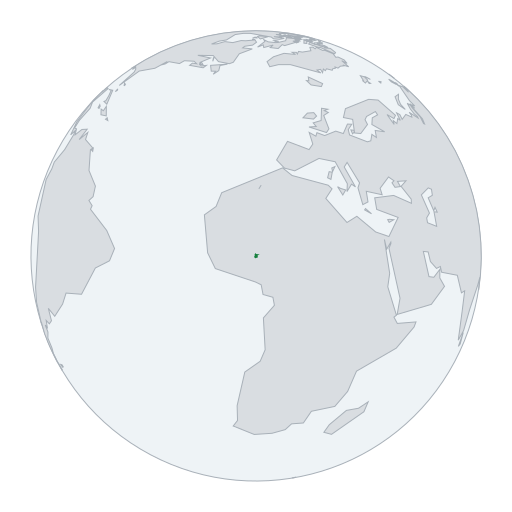 globe centered on Kouritenga, rotated 28°
{"feature_id": "BFA-2829", "entity_name": "Kouritenga", "entity_type": "Province", "adm_level": 1, "iso_a3": "BFA", "parent_name": "Burkina Faso", "parent_adm1": "", "projection": "orthographic", "projection_center": [-0.3, 12.177], "detail": "fine", "context": "on_globe", "style": "filled", "palette": "green", "viewbox_px": 512, "rotation_deg": 28, "n_neighbors": 0, "source": "natural_earth", "source_scale": "10m", "svg_char_len": 9012}
<svg xmlns="http://www.w3.org/2000/svg" viewBox="0 0 512 512"><g transform="rotate(28 256 256)"><circle cx="256" cy="256" r="225" fill="#eef3f6" stroke="#a8b0b8"/><path d="M196.1,38.8L173.9,46.9L178.0,45.6L171.9,48.8L174.4,48.8L169.5,51.0L175.7,49.2L179.7,47.2L183.8,45.9L185.6,45.9L179.7,48.5L177.9,48.9L177.1,49.7L173.3,51.1L176.2,50.4L168.8,53.9L178.8,50.6L175.1,53.6L169.4,56.0L166.7,55.5L146.7,62.0L140.1,65.5L133.7,70.2L128.5,79.1L122.7,83.5L117.2,89.7L121.9,87.0L127.9,81.3L135.3,78.5L141.8,72.7L145.7,70.9L153.7,65.7L156.1,67.0L154.0,71.4L147.6,76.1L146.5,78.5L155.5,74.9L146.3,85.3L145.0,95.6L142.2,98.7L131.6,102.0L124.2,99.1L110.4,106.1L122.9,102.5L115.7,111.3L116.1,113.4L118.5,113.8L122.7,111.0L121.0,114.6L107.9,118.8L109.3,115.6L113.4,114.1L109.9,113.1L101.1,117.2L98.1,122.0L87.9,125.3L85.7,129.0L82.2,132.2L86.4,125.9L78.6,137.7L66.1,147.5L55.2,169.6L62.1,150.8L62.1,147.4L61.2,145.9L59.3,149.3L60.7,144.3L57.9,148.7L66.3,134.5L75.7,120.9L86.1,108.1L97.3,96.1L109.5,84.9L122.4,74.6L136.0,65.4L150.2,57.1L165.1,49.9L180.4,43.8L196.1,38.8ZM43.4,181.5L42.9,183.9L45.7,177.1L46.8,177.6L39.4,196.8L40.2,203.5L36.4,218.9L35.7,228.2L37.8,228.0L39.4,233.9L42.9,226.0L47.4,223.3L45.2,236.2L49.5,225.8L50.8,233.2L61.3,237.3L59.9,239.9L68.4,258.9L81.4,269.7L84.3,280.1L82.4,285.4L87.7,288.5L87.9,292.4L112.3,303.6L127.6,315.8L128.9,329.0L119.8,342.0L119.9,371.7L105.7,377.9L107.8,389.2L106.6,403.7L97.2,399.7L105.8,409.2L105.4,412.9L101.0,411.4L105.3,417.1L102.3,415.9L108.0,420.8L110.8,426.2L119.0,433.0L123.0,437.3L128.5,441.3L127.2,440.6L127.9,441.2L130.5,443.0L125.2,439.4L116.3,432.7L112.1,429.3L108.3,425.9L106.4,424.4L97.4,415.0L98.2,416.3L84.0,399.9L76.0,387.0L56.9,345.8L52.5,336.4L44.8,323.0L34.8,287.0L34.8,274.9L33.8,267.8L37.1,252.0L38.1,234.0L37.4,230.6L35.5,236.0L34.8,221.8L37.0,207.6L39.2,194.8L43.4,181.5ZM51.7,176.9L53.0,192.0L49.2,190.9L50.5,189.4L50.8,183.8L50.4,177.7L47.9,178.0L51.7,176.9ZM59.3,166.7L58.8,165.1L59.7,165.7L59.3,166.7ZM151.9,65.4L152.7,65.5L150.8,66.4L151.9,65.4ZM154.5,63.1L151.6,64.1L152.4,63.2L154.2,62.6L154.5,63.1ZM157.9,62.3L154.3,61.5L155.8,60.0L163.7,56.7L157.9,62.3ZM180.2,46.7L176.0,48.7L177.8,47.1L180.2,46.7ZM180.4,46.0L180.1,44.3L187.2,41.7L185.9,42.6L193.7,39.8L197.3,39.3L193.8,40.8L188.5,42.4L193.9,41.1L180.4,46.0ZM185.6,45.3L184.9,45.0L191.0,42.6L193.5,42.9L190.7,43.5L185.6,45.3ZM194.0,39.5L199.0,38.1L203.3,37.3L205.8,36.7L198.0,39.1L194.0,39.5ZM190.2,44.1L194.6,43.2L193.4,44.4L186.6,45.5L190.2,44.1ZM191.5,42.0L194.6,41.0L193.7,41.6L191.5,42.0ZM191.5,49.0L190.5,48.2L193.6,46.8L191.5,49.0ZM196.3,42.9L196.7,42.5L197.8,42.0L200.3,41.7L196.3,42.9ZM201.6,38.6L202.3,38.7L205.0,37.5L208.3,37.2L202.5,39.0L206.4,38.1L207.4,38.0L201.5,39.7L201.6,38.6ZM206.3,40.1L200.0,42.9L201.1,44.5L198.4,45.6L197.1,43.0L206.3,40.1ZM204.0,39.6L204.8,40.1L201.0,41.1L198.1,41.3L204.0,39.6ZM212.6,36.4L209.1,36.4L210.4,36.1L212.6,36.4ZM207.3,40.3L208.8,39.7L207.8,40.3L207.3,40.3ZM211.8,37.3L210.4,37.2L212.0,36.8L211.8,37.3ZM213.0,38.6L211.0,39.4L208.9,39.5L213.0,38.6ZM213.1,37.8L215.6,37.3L209.4,39.1L212.1,37.8L213.1,37.8ZM213.6,36.9L214.1,36.7L214.0,37.0L213.6,36.9ZM221.8,38.1L214.4,40.3L210.0,40.3L217.7,38.1L221.8,38.1ZM127.0,440.7L131.2,443.5L128.9,441.7L138.3,447.4L138.2,447.8L127.6,441.1L127.0,440.7ZM134.4,443.4L135.7,443.1L137.9,444.4L137.5,445.0L134.4,443.4ZM468.6,181.5L463.6,169.5L465.4,177.4L469.8,203.1L474.3,224.4L474.1,235.4L464.0,208.1L456.6,188.8L454.7,192.1L442.8,178.5L427.5,183.2L423.7,178.7L421.2,182.2L412.6,179.0L406.1,171.6L401.6,173.4L418.4,193.0L423.0,191.3L424.6,181.5L428.6,189.1L436.7,194.3L433.5,216.4L408.1,241.3L403.0,225.7L369.8,186.8L369.3,181.9L369.1,181.3L368.5,180.4L368.2,188.6L361.6,181.1L382.2,208.6L386.8,221.3L407.8,242.4L406.5,245.2L412.4,249.2L428.2,239.1L428.9,244.5L423.1,271.5L398.8,310.5L400.5,332.5L396.2,351.8L377.8,367.1L376.2,381.2L366.2,387.5L363.3,395.6L353.4,405.0L338.2,414.4L315.7,416.8L316.9,409.9L309.6,397.0L300.6,363.7L309.1,347.0L308.1,334.5L291.6,307.2L295.4,290.9L290.3,284.5L280.3,286.7L274.1,279.0L267.7,279.2L226.0,286.2L211.8,275.9L191.1,243.9L197.5,231.0L196.0,216.2L238.1,165.7L250.0,168.0L286.5,159.6L291.6,161.0L290.6,172.4L320.6,183.7L326.4,173.6L350.4,178.6L364.2,176.4L363.4,155.2L340.7,158.2L333.5,148.9L349.1,137.9L368.5,136.5L366.3,132.9L351.4,126.4L353.1,119.2L345.9,123.7L350.9,126.9L346.5,130.1L341.7,127.5L342.5,124.8L335.9,124.0L333.8,137.9L338.6,142.7L323.0,147.1L329.5,155.7L326.2,160.5L314.0,147.9L313.1,142.8L292.5,130.6L292.1,136.0L311.4,148.3L306.6,147.7L306.1,156.4L302.7,149.3L281.7,135.6L265.8,140.3L250.2,162.6L239.9,165.0L229.1,161.5L230.0,140.0L252.9,137.1L253.6,130.5L244.9,121.9L252.6,122.1L251.9,118.5L260.1,117.4L267.8,108.3L275.6,106.9L274.8,96.6L278.7,94.7L278.1,101.1L281.8,105.2L300.7,102.9L303.3,100.4L301.2,94.2L306.7,94.8L302.3,89.2L311.3,85.9L296.6,85.5L293.8,79.4L297.1,74.3L293.6,72.4L288.1,80.9L288.3,84.5L292.7,87.5L291.0,98.7L285.3,101.1L277.2,90.0L268.2,92.7L265.8,83.9L281.9,64.8L290.6,61.0L313.1,66.3L313.3,69.9L305.3,69.6L316.2,75.0L313.6,72.0L318.2,72.9L316.6,68.1L319.8,68.5L312.9,63.6L316.6,63.6L320.9,66.7L321.8,60.7L328.4,60.2L327.1,58.7L323.8,57.2L334.4,58.1L332.9,57.0L328.9,56.2L323.4,53.8L317.8,50.1L321.8,50.5L324.4,51.9L335.7,56.1L341.8,60.4L342.9,60.3L338.5,56.7L324.7,51.6L320.2,49.2L326.8,51.1L324.1,50.2L323.1,49.3L325.8,49.0L318.6,46.8L302.4,38.3L306.1,37.7L313.8,39.8L306.7,36.6L310.1,37.3L325.4,41.7L340.4,47.1L355.0,53.6L369.0,61.1L382.6,69.6L395.4,79.0L407.6,89.4L419.0,100.5L429.6,112.4L439.3,125.1L448.1,138.4L456.0,152.3L462.8,166.7L468.6,181.5ZM227.3,191.0L227.0,195.4L227.3,191.0ZM391.8,146.1L401.6,145.0L392.4,133.4L395.4,132.2L391.2,129.0L391.7,132.6L380.7,123.8L383.2,119.6L379.6,114.7L376.1,115.0L373.3,124.4L389.0,136.7L388.8,142.2L391.8,146.1ZM61.7,237.2L62.7,240.3L60.8,239.6L61.7,237.2ZM47.0,195.7L48.1,196.9L48.1,199.4L47.0,199.3L47.0,195.7ZM59.7,203.8L61.6,206.0L58.9,205.9L59.7,203.8ZM53.6,194.1L58.0,202.6L52.8,204.1L50.3,199.0L53.0,199.4L53.6,194.1ZM55.5,173.3L55.8,174.8L54.6,176.9L55.5,173.3ZM60.0,167.2L59.6,167.2L60.1,165.1L60.0,167.2ZM116.5,111.0L117.5,110.8L119.3,111.9L117.0,112.9L116.5,111.0ZM136.1,109.8L132.9,115.6L133.6,111.8L129.7,113.8L126.4,109.0L140.7,100.0L134.8,104.7L136.1,109.8ZM125.9,100.9L126.4,104.4L125.3,100.9L125.9,100.9ZM239.7,102.3L243.8,104.0L242.5,108.1L232.6,111.9L234.3,105.7L239.7,102.3ZM249.9,105.8L244.5,94.8L250.5,92.7L248.0,95.6L252.5,95.3L249.8,100.1L260.7,109.5L260.3,113.9L242.2,117.2L248.4,113.4L244.0,111.6L249.9,105.8ZM220.4,76.5L218.1,73.4L233.9,72.5L234.2,75.7L224.3,79.1L218.2,77.4L220.4,76.5ZM172.6,57.4L170.7,57.4L172.3,56.5L175.3,55.8L172.6,57.4ZM190.8,48.7L182.5,56.8L179.9,57.1L178.2,62.4L170.7,65.3L172.1,61.7L165.0,68.3L163.3,66.2L159.3,70.8L163.1,62.4L161.3,61.3L166.2,61.2L173.1,58.4L175.5,56.9L181.1,52.0L180.5,49.0L187.3,46.3L192.2,45.3L193.4,45.6L188.6,47.1L193.6,46.4L187.6,48.9L190.8,48.7ZM246.0,43.2L240.0,43.3L249.0,45.4L243.0,46.6L244.4,46.8L241.4,48.8L240.2,51.6L237.0,52.0L237.9,53.0L235.9,54.6L236.1,56.2L230.4,57.6L230.2,59.8L227.7,59.3L228.7,62.9L225.4,60.9L222.5,63.2L227.3,63.9L196.5,70.9L186.1,76.4L179.3,82.4L174.5,79.2L177.9,71.9L185.6,63.9L196.3,59.5L192.2,59.2L196.1,57.2L197.7,58.3L197.5,55.4L201.2,54.2L208.1,49.0L205.6,46.5L208.1,44.9L210.9,45.3L211.4,43.4L218.3,43.2L220.2,42.1L229.0,41.2L233.2,43.1L235.0,41.8L241.8,41.5L246.0,43.2ZM224.2,37.8L230.7,39.0L230.6,40.5L215.4,41.6L212.7,42.6L203.0,44.1L203.3,42.1L206.1,41.7L208.8,41.0L207.6,41.9L210.6,40.7L214.5,40.4L217.9,39.4L219.1,40.0L224.2,37.8ZM295.5,156.5L299.0,156.6L304.2,155.6L304.0,161.4L295.5,156.5ZM281.0,147.2L284.0,146.2L286.2,153.2L282.5,153.3L281.0,147.2ZM283.7,140.0L284.0,145.6L281.6,142.7L283.7,140.0ZM280.6,100.1L283.6,99.0L284.6,100.4L283.9,102.8L280.6,100.1ZM271.4,51.9L268.0,51.2L268.4,50.6L263.5,47.8L267.6,46.9L272.1,48.3L271.4,51.9ZM360.6,159.3L357.8,163.8L355.2,162.1L356.7,160.9L360.6,159.3ZM330.4,162.7L338.2,164.5L330.3,164.3L330.4,162.7ZM275.0,50.6L272.5,49.4L276.1,49.8L275.0,50.6ZM270.3,46.3L274.1,46.4L267.5,46.5L270.3,46.3ZM395.2,432.4L393.4,434.2L391.9,435.1L395.2,432.4ZM424.4,342.8L406.4,378.0L398.7,379.8L399.9,370.6L408.3,349.9L418.0,342.3L423.5,332.1L424.4,342.8ZM474.9,226.2L477.6,237.8L477.1,240.8L474.9,226.2ZM305.9,46.3L308.1,50.7L312.4,54.2L319.0,56.5L310.6,55.6L304.0,50.1L305.9,46.3ZM302.5,39.0L296.7,37.7L298.5,37.5L300.0,37.8L302.5,39.0ZM299.5,38.7L293.8,38.7L290.1,37.6L295.3,37.7L299.5,38.7ZM284.6,43.4L285.0,44.7L282.1,44.2L284.6,43.4ZM292.7,33.8L287.9,33.0L294.9,34.2L292.7,33.8Z" fill="#d9dde1" stroke="#a8b0b8" stroke-width="1"/><path d="M255.4,256.7L255.5,256.7L255.5,256.1L255.3,255.9L255.3,255.7L255.2,255.4L255.2,255.2L255.0,254.9L254.8,254.9L254.8,254.7L255.5,254.9L256.4,254.5L256.2,254.8L256.3,255.0L256.6,255.2L256.6,255.3L256.5,255.5L256.4,255.6L256.6,255.7L256.8,255.8L257.0,255.9L257.1,256.0L257.3,256.2L257.3,256.3L257.2,256.3L256.8,256.5L256.7,256.7L256.7,256.8L256.7,257.0L256.3,257.3L256.2,257.5L255.7,257.4L255.4,257.1L255.4,256.9L255.4,256.7Z" fill="#22c55e" stroke="#15803d" stroke-width="1.5"/></g></svg>